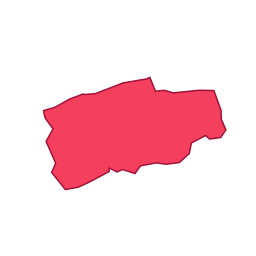 the district of Page, Virginia, United States of America, rotated 46°
{"feature_id": "52423323B75705983490495", "entity_name": "Page", "entity_type": "district", "adm_level": 2, "iso_a3": "USA", "parent_name": "United States of America", "parent_adm1": "Virginia", "projection": "natural_earth1", "projection_center": [-78.471, 38.622], "detail": "fine", "context": "isolated", "style": "filled", "palette": "rose", "viewbox_px": 256, "rotation_deg": 46, "n_neighbors": 0, "source": "geoboundaries", "source_scale": "gbopen_adm2", "svg_char_len": 635}
<svg xmlns="http://www.w3.org/2000/svg" viewBox="0 0 256 256"><g transform="rotate(46 128 128)"><path d="M199.2,68.0L197.3,58.8L186.5,54.8L179.9,48.8L160.7,40.2L150.1,50.8L134.3,70.9L126.1,75.7L120.6,82.7L106.7,77.1L105.7,80.4L92.3,99.9L80.7,127.4L74.1,135.6L72.3,136.8L66.6,150.0L62.2,166.6L56.8,176.6L59.9,178.8L63.8,180.8L76.6,182.5L80.7,196.2L103.1,204.5L107.0,213.8L128.8,215.8L136.1,204.7L140.4,192.2L146.2,171.8L143.9,169.3L152.0,166.4L154.1,160.8L165.6,154.6L163.9,145.3L172.9,131.7L180.6,125.7L188.5,115.1L188.9,101.6L182.8,92.8L187.3,77.4L192.7,76.9L199.2,68.0Z" fill="#f43f5e" stroke="#9f1239" stroke-width="1.5"/></g></svg>